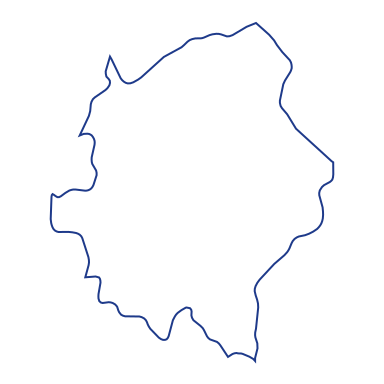 `Asir, Albers equal-area conic projection
{"feature_id": "SAU-886", "entity_name": "`Asir", "entity_type": "Region", "adm_level": 1, "iso_a3": "SAU", "parent_name": "Saudi Arabia", "parent_adm1": "", "projection": "albers", "projection_center": [42.804, 19.207], "detail": "fine", "context": "isolated", "style": "outline", "palette": "blue", "viewbox_px": 384, "rotation_deg": 0, "n_neighbors": 0, "source": "natural_earth", "source_scale": "10m", "svg_char_len": 2929}
<svg xmlns="http://www.w3.org/2000/svg" viewBox="0 0 384 384"><path d="M255.1,361.0L253.3,359.0L249.4,356.7L242.7,353.9L241.2,353.5L238.1,353.4L236.5,353.0L234.5,353.3L232.5,354.0L228.0,356.9L220.4,345.4L218.9,343.5L217.0,341.9L210.0,339.4L208.3,338.0L207.0,336.3L204.0,330.2L202.8,328.2L200.5,325.9L193.4,320.2L192.0,317.7L191.4,315.4L191.6,311.5L191.2,309.7L190.0,308.2L186.5,307.5L185.7,307.7L181.5,310.1L177.7,312.9L176.1,314.6L174.9,316.4L172.9,320.2L168.7,336.0L167.9,337.8L166.6,339.3L164.9,339.9L163.1,339.9L161.0,339.1L158.8,337.6L150.3,328.8L148.8,326.5L147.7,324.3L147.0,322.3L145.9,320.2L144.1,318.4L141.6,317.1L139.4,316.5L125.1,316.3L123.0,315.7L121.1,314.7L119.2,312.3L118.3,310.4L117.2,306.9L116.5,305.9L115.1,304.4L112.7,303.0L110.6,302.4L108.7,302.2L102.6,303.0L100.8,302.5L99.3,301.1L98.5,298.5L98.4,296.3L98.5,294.1L100.5,282.7L100.4,280.8L100.0,279.0L99.1,277.5L95.6,276.5L85.3,277.3L88.6,265.2L89.0,262.5L88.9,260.0L88.4,257.1L82.3,238.2L81.3,236.3L79.7,234.7L78.0,233.7L76.1,233.0L72.3,232.3L68.3,231.9L58.5,232.0L56.7,231.5L54.9,230.5L53.4,228.9L52.4,227.0L51.7,225.0L51.2,223.1L50.7,219.1L51.5,196.8L51.8,195.1L52.6,194.1L54.0,194.9L55.6,196.1L57.3,197.1L59.1,197.1L60.8,196.3L65.4,192.9L69.4,190.5L71.4,189.9L73.3,189.5L75.3,189.5L85.3,190.7L86.6,190.6L88.0,190.3L89.7,189.6L91.3,188.4L92.6,186.7L93.5,184.9L96.6,175.2L96.6,172.8L96.1,170.5L92.3,164.0L91.8,162.1L91.6,159.5L91.7,157.3L94.5,144.9L94.7,142.9L94.6,141.0L94.0,139.0L93.0,137.1L91.7,135.4L90.5,134.6L89.2,134.0L87.5,133.7L83.7,133.9L79.7,135.5L88.9,115.9L90.2,111.1L90.8,104.3L91.5,101.8L92.9,99.2L94.8,97.4L105.5,90.0L107.4,88.2L109.4,85.3L110.0,82.9L109.8,80.7L108.6,78.9L106.4,76.6L105.8,73.8L105.7,71.3L110.0,56.6L111.6,59.4L120.7,78.3L122.2,80.2L123.9,81.7L125.7,82.8L127.7,83.4L130.3,83.3L133.3,82.3L138.1,79.6L141.2,77.4L163.9,56.9L181.6,47.2L184.0,45.1L187.5,41.7L189.7,40.1L192.2,39.1L195.4,38.4L201.0,38.3L202.3,38.1L204.1,37.5L209.6,35.1L212.5,34.3L216.3,33.8L218.8,33.9L221.1,34.4L226.9,36.4L229.5,36.2L232.6,35.1L246.6,26.8L256.0,23.0L269.1,34.7L274.1,40.4L276.9,45.0L282.3,52.1L289.8,60.2L291.0,62.5L291.5,64.6L291.7,66.3L291.7,68.1L291.6,68.5L291.0,70.5L290.2,72.2L285.0,80.5L283.3,84.2L279.9,100.6L279.9,102.9L280.6,105.9L282.0,108.2L287.2,114.3L296.0,128.7L331.6,161.2L333.2,162.3L333.3,174.3L333.0,177.4L332.3,179.6L331.4,180.7L330.0,181.9L324.1,185.1L322.0,187.0L319.8,190.4L319.2,193.0L319.3,195.3L322.6,207.4L323.0,211.6L323.1,214.9L322.8,218.5L322.2,221.1L321.3,223.5L320.2,225.4L318.8,227.2L317.2,228.9L313.2,231.6L309.1,233.7L305.1,235.2L298.8,236.5L296.8,237.4L294.6,238.9L292.7,241.1L291.5,243.4L289.4,248.5L288.3,250.5L287.2,252.1L284.4,255.2L274.3,263.9L259.7,279.6L257.4,282.7L255.6,286.1L254.8,288.8L254.7,291.2L255.7,295.4L257.1,299.6L258.0,303.5L258.2,307.5L256.0,328.7L255.2,332.5L255.1,335.2L255.4,337.4L257.3,343.3L257.5,348.4L255.1,358.0L255.1,361.0Z" fill="none" stroke="#1e3a8a" stroke-width="2"/></svg>